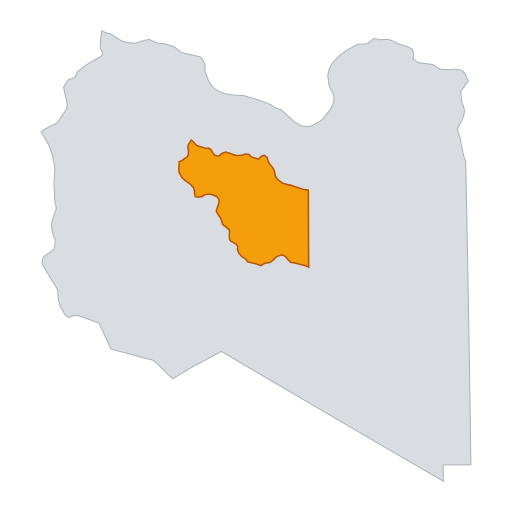 Al Jufrah highlighted on a map of Libya
{"feature_id": "LBY-2964", "entity_name": "Al Jufrah", "entity_type": "Municipality", "adm_level": 1, "iso_a3": "LBY", "parent_name": "Libya", "parent_adm1": "", "projection": "natural_earth1", "projection_center": [16.482, 27.933], "detail": "fine", "context": "in_parent", "style": "filled", "palette": "amber", "viewbox_px": 512, "rotation_deg": 0, "n_neighbors": 0, "source": "natural_earth", "source_scale": "10m", "svg_char_len": 4614}
<svg xmlns="http://www.w3.org/2000/svg" viewBox="0 0 512 512"><path d="M46.8,128.0L50.1,126.2L54.7,124.2L57.1,122.8L58.1,121.5L61.6,116.4L63.5,113.6L66.0,109.7L67.1,107.0L67.1,104.5L66.8,101.5L65.0,94.3L63.6,87.3L64.9,84.6L65.9,83.3L68.0,80.0L68.9,79.4L73.5,78.3L75.3,76.1L76.8,73.4L77.1,72.0L79.2,70.4L81.6,68.9L83.1,67.0L87.9,63.9L92.4,61.2L97.5,58.3L101.5,56.0L102.3,54.0L102.3,52.3L100.2,48.5L100.3,43.9L100.5,40.1L100.7,37.8L101.7,31.6L101.8,30.7L105.9,32.8L110.0,33.6L122.5,41.4L126.4,42.3L135.1,43.3L145.5,40.1L149.4,39.5L156.1,42.5L159.1,43.3L164.1,43.6L172.7,46.3L174.9,47.2L179.9,51.5L182.3,52.8L200.1,56.8L202.5,59.4L205.0,64.4L205.0,70.6L206.4,75.1L208.6,80.9L211.3,85.1L214.2,88.5L217.6,90.7L225.5,93.9L234.3,95.1L243.2,95.5L258.5,99.9L271.5,105.0L274.7,107.5L281.3,109.9L294.3,121.8L301.5,125.9L306.6,126.8L311.1,126.0L319.1,121.9L322.5,119.4L330.5,109.1L333.1,103.8L334.1,100.0L333.8,96.1L332.8,92.7L330.5,89.0L328.8,84.3L327.8,75.6L329.0,69.7L330.5,66.1L332.9,62.4L339.6,55.5L346.2,50.5L358.0,44.1L364.9,44.0L367.7,43.3L373.3,38.8L375.6,38.6L378.8,39.7L388.1,39.4L392.2,40.7L397.2,43.5L403.4,45.3L407.8,47.0L412.5,49.3L413.7,54.9L413.2,56.5L413.1,58.7L418.0,62.6L431.8,64.4L434.5,65.4L438.4,68.4L440.8,69.3L450.2,69.7L455.7,69.1L461.0,70.2L462.9,71.2L465.0,73.5L467.5,79.1L468.5,81.0L467.5,81.9L466.1,83.9L465.2,85.6L462.8,88.5L460.8,91.5L461.0,96.0L461.6,100.6L463.1,105.0L464.4,109.9L464.2,113.2L463.2,117.1L462.0,120.4L458.1,127.3L457.5,128.9L457.8,131.2L460.5,139.3L460.7,141.8L462.4,149.7L463.8,156.1L465.5,161.1L465.7,162.5L465.9,169.9L466.0,177.3L466.2,184.7L466.3,192.1L466.5,199.5L466.6,206.9L466.8,214.3L466.9,221.7L467.0,229.1L467.2,236.5L467.3,243.9L467.5,251.3L467.6,258.7L467.7,266.0L467.9,273.4L468.0,280.8L468.1,288.2L468.3,295.6L468.4,303.0L468.5,310.4L468.7,317.8L468.8,325.2L468.9,332.6L469.0,340.0L469.1,347.4L469.3,354.8L469.4,362.2L469.5,369.6L469.6,376.9L469.7,384.3L469.9,391.7L470.0,399.1L470.2,415.5L470.4,431.9L470.7,448.3L470.9,464.7L470.7,464.8L463.7,464.9L456.9,464.9L450.0,464.9L443.2,464.9L443.2,469.0L443.3,473.1L443.3,477.2L443.4,481.3L430.0,473.5L416.6,465.7L403.2,458.0L389.9,450.2L376.5,442.4L363.2,434.6L349.9,426.8L336.6,419.1L323.3,411.3L310.0,403.5L296.7,395.7L283.4,387.9L270.2,380.1L257.0,372.4L243.7,364.6L230.5,356.8L221.4,351.4L211.6,356.7L203.9,360.8L193.7,366.2L182.0,373.2L173.0,378.6L172.6,378.6L172.2,378.4L162.9,369.3L155.7,362.1L152.4,360.1L138.7,356.5L125.1,352.8L110.8,349.0L108.3,343.2L105.4,336.7L101.6,328.6L99.2,323.6L98.4,322.8L87.5,318.9L75.9,315.0L69.1,317.3L67.9,317.2L66.0,315.7L64.1,313.7L63.1,310.9L60.4,307.1L58.1,298.6L57.9,291.7L57.4,289.3L51.5,279.7L46.2,270.9L42.6,265.1L42.0,262.5L42.4,259.2L44.0,256.3L49.3,252.9L54.1,249.1L54.8,246.5L55.2,239.4L53.7,237.1L52.6,232.9L51.5,227.1L51.4,223.5L53.7,216.1L56.3,208.5L54.8,200.0L53.9,183.0L54.9,169.6L54.4,164.7L54.0,162.6L52.5,156.3L50.6,149.8L49.8,147.5L47.3,142.2L43.2,135.7L41.1,131.7L44.1,129.6L46.8,128.0Z" fill="#d9dde1" stroke="#a8b0b8" stroke-width="1"/><path d="M179.2,161.6L181.5,160.8L185.0,158.2L187.1,156.7L188.2,155.1L188.4,153.4L188.4,150.8L187.9,148.4L187.9,146.0L188.6,144.2L190.2,141.8L191.1,140.1L192.3,140.8L194.3,142.9L196.4,145.3L200.5,146.8L203.1,147.4L205.4,148.3L208.6,148.2L210.4,149.1L211.2,150.0L213.0,153.1L215.0,155.5L218.8,156.1L220.5,154.5L223.1,152.9L225.7,152.0L229.5,153.2L232.1,154.1L233.4,155.0L233.9,154.7L237.1,155.6L242.3,155.2L245.2,154.0L248.7,154.3L251.6,157.0L255.6,158.2L258.2,159.2L260.9,156.7L262.9,155.5L264.9,155.5L267.2,157.6L267.8,160.1L269.0,163.1L271.3,165.9L273.6,169.0L274.7,172.7L275.9,177.3L278.8,180.3L282.5,183.1L286.9,184.4L290.0,185.4L290.0,184.9L296.0,187.0L303.7,189.5L308.3,190.0L308.5,233.9L308.6,250.6L308.7,267.2L307.5,266.6L304.6,265.5L300.9,264.5L296.6,263.5L293.5,262.7L290.8,262.4L287.9,259.6L285.4,256.4L282.2,254.9L278.4,255.9L275.4,257.6L274.1,259.3L270.6,262.1L268.4,262.8L264.8,263.2L262.8,264.5L260.5,265.6L256.5,264.0L251.8,262.9L247.7,261.9L246.1,259.6L243.9,257.9L241.9,256.6L238.9,253.3L237.5,249.9L237.7,246.5L236.2,244.2L234.5,243.2L232.1,241.8L230.8,241.2L229.6,239.4L229.3,236.7L229.4,234.3L229.6,231.9L229.6,231.6L229.0,229.4L227.2,228.3L225.5,226.5L223.7,225.4L222.6,224.3L221.8,221.7L221.0,219.0L218.4,214.8L216.4,211.6L216.4,210.6L216.5,209.9L217.4,207.4L218.5,204.2L219.1,201.5L218.7,198.8L216.4,196.3L214.4,195.6L210.9,194.3L208.6,194.2L205.2,194.6L201.6,196.8L198.1,197.1L195.3,196.6L194.6,194.2L194.6,191.7L193.7,188.0L190.5,184.3L185.6,180.9L183.6,179.2L182.0,177.7L180.5,175.1L179.2,172.5L178.8,168.9L179.1,164.8L179.2,161.6Z" fill="#f59e0b" stroke="#b45309" stroke-width="1.5"/></svg>